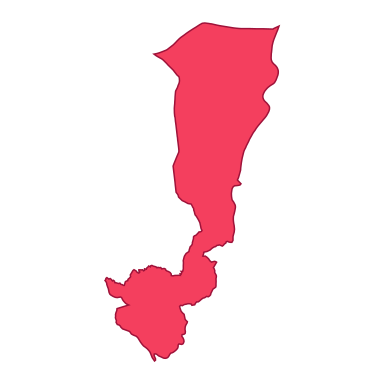 Vale de São Domingos, Mato Grosso, Brazil (orthographic projection)
{"feature_id": "56859067B20477849256600", "entity_name": "Vale de São Domingos", "entity_type": "district", "adm_level": 2, "iso_a3": "BRA", "parent_name": "Brazil", "parent_adm1": "Mato Grosso", "projection": "orthographic", "projection_center": [-58.989, -15.026], "detail": "fine", "context": "isolated", "style": "filled", "palette": "rose", "viewbox_px": 384, "rotation_deg": 0, "n_neighbors": 0, "source": "geoboundaries", "source_scale": "gbopen_adm2", "svg_char_len": 6036}
<svg xmlns="http://www.w3.org/2000/svg" viewBox="0 0 384 384"><path d="M279.0,26.1L274.0,28.4L272.9,29.1L262.9,28.8L256.2,28.8L249.0,28.6L241.0,28.6L239.3,28.5L236.0,28.2L233.4,27.9L219.8,25.7L216.8,25.1L211.6,23.9L210.5,23.8L208.9,23.5L207.2,23.3L205.8,23.1L204.6,23.0L202.2,23.3L199.7,24.7L195.7,27.3L193.2,28.8L189.5,31.2L186.3,33.4L184.5,34.8L180.7,37.5L179.2,38.8L176.8,41.2L175.8,42.3L174.1,44.0L173.3,44.8L167.0,49.7L165.8,50.3L162.0,51.8L159.3,52.8L157.0,53.5L155.1,53.9L154.0,54.1L156.0,55.6L157.6,56.6L161.9,59.0L163.2,60.0L165.4,62.2L166.6,63.4L168.0,65.0L171.9,68.8L173.4,70.3L174.4,71.7L175.7,73.3L176.8,74.8L178.9,76.7L179.3,78.0L179.5,80.8L179.3,82.2L179.0,83.4L178.2,85.2L177.4,87.6L175.6,91.1L175.4,93.1L175.1,96.6L175.0,99.2L174.9,100.5L174.8,101.7L174.7,103.8L174.5,105.7L174.3,108.3L174.4,113.0L174.7,116.2L175.1,117.6L175.5,121.8L175.7,123.0L176.0,125.3L177.3,136.6L177.5,137.7L177.7,140.2L177.9,141.5L178.6,147.4L178.9,150.4L178.8,152.1L176.5,157.5L173.9,163.9L173.1,166.1L175.0,182.0L175.3,185.1L176.1,192.3L177.2,193.7L178.0,194.9L178.3,196.0L178.6,197.1L182.2,200.6L184.6,201.7L187.9,203.5L189.4,203.8L190.9,203.9L191.9,205.3L192.7,207.1L193.6,208.4L193.8,210.3L194.4,211.9L194.7,213.5L195.2,215.0L196.3,216.2L198.6,220.1L199.9,222.8L200.7,226.7L201.1,228.7L202.0,230.4L201.4,231.4L200.1,231.9L199.0,231.9L198.1,233.0L197.3,233.8L196.4,234.9L195.3,235.5L194.3,235.9L193.5,236.9L193.5,238.1L193.3,239.2L192.9,240.7L192.4,242.4L192.3,244.1L191.4,245.6L190.2,246.7L189.8,248.0L189.4,249.2L189.1,250.4L188.9,251.6L187.8,252.3L186.1,253.5L185.2,254.9L184.4,256.2L183.9,257.9L183.2,260.8L183.4,262.0L183.4,263.6L183.3,265.5L183.3,268.9L182.6,271.5L181.1,271.4L181.7,272.4L181.3,274.0L180.1,273.8L180.4,275.4L178.7,275.3L177.3,275.4L175.8,275.4L174.5,275.5L173.0,275.9L171.3,275.6L171.2,274.0L170.2,272.6L168.6,271.6L167.0,271.0L165.9,270.3L165.5,269.1L164.3,268.5L163.0,268.6L161.8,268.9L160.7,267.5L159.1,267.7L158.0,267.3L157.0,267.8L156.1,266.9L154.9,266.5L153.5,266.2L151.9,265.4L150.8,265.7L150.4,266.8L148.7,266.0L148.0,267.0L146.9,267.8L146.4,269.2L144.6,268.8L144.6,270.3L143.5,270.8L142.7,269.8L141.4,269.9L138.9,269.8L138.9,271.1L139.8,272.0L138.8,273.1L137.2,272.4L136.2,271.0L134.0,269.7L132.9,270.6L131.3,273.3L130.3,274.9L130.6,276.8L129.4,278.1L128.0,279.3L127.7,280.7L126.2,281.1L125.2,282.0L125.0,283.1L124.6,284.2L124.3,285.4L123.3,285.4L122.4,284.7L120.8,284.3L119.9,283.1L118.8,283.5L117.4,283.2L116.2,282.8L114.9,282.7L114.5,281.2L113.4,280.3L112.4,280.9L111.4,279.5L110.1,278.5L108.9,279.1L106.9,277.6L105.9,278.4L105.8,279.5L105.0,280.5L106.1,281.9L106.7,283.3L106.8,284.5L107.7,287.1L108.3,288.6L109.1,292.5L109.9,294.2L110.8,295.0L113.1,296.4L115.2,297.3L117.3,297.6L118.8,297.3L120.7,297.0L121.7,297.8L122.6,299.7L123.5,301.0L125.3,303.0L126.4,303.9L128.7,305.0L117.0,308.6L116.8,310.5L115.9,312.9L115.5,314.6L115.6,316.1L115.4,317.8L115.8,319.1L116.4,320.6L116.1,322.4L117.3,324.5L118.3,324.8L119.4,325.2L120.3,326.1L120.9,327.2L122.6,328.9L128.7,331.1L129.7,331.6L131.4,334.0L133.4,335.1L134.9,335.7L136.0,336.1L137.0,336.9L138.0,338.0L139.6,340.6L140.4,341.9L141.9,344.0L143.5,345.9L146.1,347.8L147.4,348.9L149.3,351.1L150.2,352.5L152.2,357.6L154.5,361.0L155.5,360.2L155.5,358.7L154.7,357.0L154.1,355.2L154.2,354.1L155.2,353.9L156.6,354.2L157.7,355.1L158.7,355.9L161.5,357.1L163.1,357.9L164.0,358.2L165.4,358.3L166.8,358.0L167.8,357.4L168.6,356.5L169.8,354.3L170.9,353.1L172.1,352.8L173.5,352.1L175.6,350.5L176.8,349.3L177.7,348.1L178.1,346.7L178.1,345.1L179.0,343.9L180.5,344.2L181.8,344.4L183.1,343.7L183.6,342.7L184.0,341.5L183.8,339.9L183.3,338.6L182.8,337.6L181.8,336.3L182.1,334.6L183.9,334.3L185.1,333.5L185.4,331.8L185.0,329.2L185.2,327.0L185.7,325.4L186.3,324.3L187.1,322.9L187.4,321.7L185.9,320.3L185.1,319.2L184.1,314.3L182.3,312.7L181.0,311.0L180.4,309.2L179.9,307.8L179.6,306.3L180.8,305.3L182.3,305.7L184.1,304.6L185.4,304.3L186.5,304.1L187.9,303.7L189.4,303.7L191.1,304.0L191.9,305.3L194.7,304.8L195.4,303.4L196.6,301.9L198.1,301.9L199.1,301.3L201.5,299.2L203.1,298.1L204.7,297.7L206.6,296.4L208.2,296.8L209.5,296.0L210.6,294.8L210.8,293.6L211.6,291.9L212.6,289.8L213.3,288.8L214.6,288.0L215.8,287.0L216.0,285.8L216.0,283.6L216.1,281.5L216.0,278.7L216.3,277.2L216.4,276.0L216.0,274.8L214.7,272.5L214.8,270.7L214.2,268.8L213.4,267.7L216.6,262.2L215.7,261.6L214.4,261.3L211.5,262.1L209.8,260.7L208.5,258.7L206.9,257.2L205.3,256.1L203.9,256.2L202.8,256.1L203.7,253.5L203.7,252.3L205.0,251.9L207.0,251.5L210.3,249.9L211.2,249.0L212.4,248.0L213.4,247.4L214.5,246.8L215.6,246.6L216.9,245.4L218.1,245.3L219.3,244.9L220.9,245.5L222.3,246.1L223.4,245.3L224.4,244.0L225.8,243.1L226.3,241.7L227.6,241.4L228.8,242.0L230.2,242.3L231.9,242.3L233.0,240.4L233.0,237.8L233.0,236.6L233.6,234.2L234.2,232.0L234.5,229.2L234.3,227.1L234.1,225.3L233.7,223.3L233.4,220.9L233.3,219.1L233.4,216.3L234.1,213.9L234.8,211.0L235.1,209.3L235.4,207.7L235.4,206.1L235.1,204.9L234.4,203.5L233.6,202.0L232.1,199.9L231.8,198.3L231.5,196.2L231.4,193.4L231.7,191.1L232.1,188.7L233.1,186.9L234.6,185.7L235.8,185.7L238.2,185.4L240.0,185.0L241.0,183.8L237.4,180.0L238.5,177.6L238.9,176.2L239.4,174.4L239.7,173.3L240.1,171.9L240.6,170.0L240.7,168.0L240.9,166.4L241.1,164.8L241.3,163.1L241.8,160.2L242.2,158.0L243.5,152.7L243.9,151.3L244.5,149.8L245.8,147.3L246.3,145.9L247.0,144.6L248.9,140.8L249.5,139.3L250.7,137.2L251.5,135.8L252.2,134.5L253.0,133.1L254.0,131.6L254.8,130.6L256.3,128.2L257.8,126.2L260.1,123.4L261.4,121.9L265.3,117.3L266.5,115.7L267.5,113.9L268.5,112.1L269.0,110.9L269.5,109.1L269.5,107.1L268.9,105.7L268.0,104.6L266.9,103.2L265.7,102.1L264.3,100.7L263.4,99.1L262.8,97.1L263.0,94.9L263.9,92.7L264.6,91.4L265.3,90.4L266.9,88.5L268.0,87.4L270.3,85.6L271.6,84.8L273.1,83.9L274.5,82.7L276.0,80.1L276.8,78.0L277.9,75.0L278.2,73.5L278.3,71.9L278.2,70.5L277.8,69.2L277.0,67.4L275.5,65.5L274.0,64.2L272.9,63.0L272.0,61.8L271.3,59.8L271.1,58.0L271.3,53.5L271.5,52.4L272.2,45.5L273.1,41.8L273.9,39.3L275.6,35.0L276.5,32.7L277.8,29.6L279.0,26.1Z" fill="#f43f5e" stroke="#9f1239" stroke-width="1.5"/></svg>